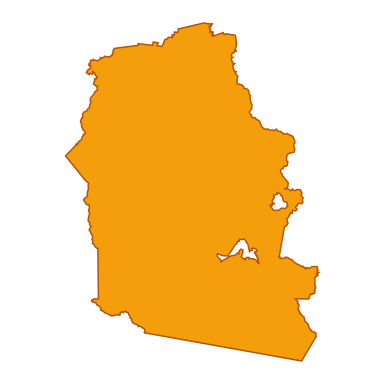 Alpine, Victoria, Australia
{"feature_id": "25037944B21518620554178", "entity_name": "Alpine", "entity_type": "district", "adm_level": 2, "iso_a3": "AUS", "parent_name": "Australia", "parent_adm1": "Victoria", "projection": "mercator", "projection_center": [147.028, -36.834], "detail": "fine", "context": "isolated", "style": "filled", "palette": "amber", "viewbox_px": 384, "rotation_deg": 0, "n_neighbors": 0, "source": "geoboundaries", "source_scale": "gbopen_adm2", "svg_char_len": 5886}
<svg xmlns="http://www.w3.org/2000/svg" viewBox="0 0 384 384"><path d="M114.3,48.4L113.0,50.8L113.3,52.0L112.4,53.4L112.5,55.0L110.7,55.9L110.3,56.8L106.7,56.9L105.0,56.2L103.0,57.7L100.7,57.6L101.1,58.2L97.7,60.7L94.1,60.1L93.4,59.5L93.2,60.4L91.7,59.9L90.6,60.4L90.1,63.9L89.1,63.7L88.8,65.5L90.7,65.8L90.3,68.3L87.9,69.9L86.3,72.5L89.2,74.7L89.6,73.7L90.6,73.3L92.5,74.3L93.1,73.3L92.9,71.6L94.6,73.0L95.1,74.6L97.3,77.5L96.4,77.6L95.9,79.2L94.5,78.8L94.6,81.0L93.9,82.2L93.6,84.1L96.2,86.1L97.5,86.2L97.0,87.4L97.4,90.2L95.0,91.6L94.3,93.4L90.4,98.3L90.2,100.8L90.9,102.4L89.5,105.7L89.5,107.5L87.8,108.8L87.0,110.6L83.8,112.3L82.5,114.0L82.8,117.1L81.5,118.2L81.8,119.0L80.9,120.0L80.5,122.3L81.7,124.1L81.5,126.5L82.5,128.0L82.7,129.5L83.8,130.0L84.2,131.2L85.3,132.1L85.2,133.6L83.3,134.5L83.7,135.3L82.4,136.6L81.4,139.6L78.4,141.7L78.1,143.3L77.2,143.3L77.4,144.4L76.4,144.7L75.8,144.4L75.7,145.3L65.5,155.9L85.4,180.5L88.8,183.4L88.2,184.6L88.4,189.6L87.8,190.6L87.3,193.4L87.4,196.3L84.1,198.8L83.7,200.1L86.5,204.6L89.2,205.2L89.4,208.3L88.6,209.8L89.0,212.2L89.7,213.4L88.6,216.6L88.1,220.7L89.5,222.5L89.6,224.8L91.2,226.7L89.8,228.5L89.1,230.2L90.6,231.9L91.1,233.8L92.2,235.1L92.7,238.0L91.9,239.2L92.7,240.6L92.5,243.6L93.6,243.9L95.1,246.6L96.6,248.1L97.9,248.5L98.4,298.6L96.9,299.2L94.5,298.8L93.0,300.0L91.9,299.8L91.6,301.2L92.6,302.0L95.7,302.7L96.9,305.0L97.9,305.2L100.7,307.7L101.0,309.6L100.7,309.9L101.7,310.8L103.1,310.9L104.7,312.8L107.9,313.9L111.8,316.0L116.7,314.8L119.9,315.1L120.3,312.5L120.7,312.8L122.2,311.7L123.4,312.7L124.2,311.6L125.9,311.1L125.8,311.9L128.2,312.9L128.7,314.6L129.7,315.7L130.1,318.1L131.1,318.4L131.7,319.5L131.4,320.4L133.3,323.3L137.2,324.8L138.4,325.9L138.2,326.4L141.3,326.6L141.7,327.5L144.3,328.8L145.0,330.5L145.0,331.4L144.6,331.9L144.9,331.9L145.1,333.3L146.2,333.1L301.6,361.0L316.2,336.4L315.5,335.0L316.1,333.4L314.6,332.2L311.3,331.2L311.0,330.0L309.1,327.9L308.2,324.4L304.5,320.6L304.7,319.5L303.8,316.8L301.9,315.6L301.3,314.2L299.9,313.8L300.1,312.5L299.3,311.8L299.0,310.2L297.9,309.4L298.9,306.1L298.7,304.3L297.4,303.2L298.0,301.8L295.3,298.8L308.4,299.0L309.7,297.2L309.3,296.4L310.2,294.1L310.9,293.9L311.7,294.7L312.7,293.5L313.3,293.8L314.9,293.0L314.5,290.1L315.3,288.9L315.6,286.8L315.0,286.4L314.8,277.6L317.9,275.2L317.6,274.9L317.7,273.7L316.5,274.2L316.5,273.4L318.5,272.6L317.8,272.4L317.7,271.2L317.1,271.0L318.1,270.1L317.2,268.6L317.6,267.5L317.0,266.6L312.0,266.6L309.6,268.3L307.1,267.6L306.1,269.0L305.5,269.0L305.2,267.6L303.2,267.3L303.2,266.5L302.2,266.1L301.5,266.5L298.5,264.5L296.8,264.1L295.8,263.0L294.4,262.7L292.4,260.2L291.1,259.3L289.7,259.1L288.3,257.8L285.6,257.1L284.3,258.3L282.0,258.5L280.8,258.4L280.4,257.4L279.0,257.6L284.4,226.9L286.6,225.7L288.0,223.3L287.0,220.6L286.9,218.7L288.7,217.1L289.4,214.8L290.4,214.2L290.2,212.9L292.4,213.2L292.4,210.2L295.3,210.9L296.6,210.1L297.0,209.0L295.6,207.6L295.5,206.8L297.3,205.7L297.7,204.3L299.1,203.4L301.8,203.7L303.0,202.1L302.4,200.1L303.1,197.9L301.2,195.5L301.1,194.5L302.0,193.0L300.4,189.9L296.7,189.5L295.8,190.5L294.7,190.5L293.4,190.1L292.5,189.0L291.0,190.7L288.4,189.2L285.0,188.8L287.8,187.1L288.2,182.7L282.6,175.9L281.9,173.9L280.7,172.3L280.4,170.7L280.8,169.6L283.2,168.2L284.1,166.1L285.9,166.4L287.2,165.4L287.9,161.8L286.5,160.5L286.8,155.6L287.3,154.7L289.2,153.2L294.0,152.3L294.8,149.4L293.6,144.9L293.9,143.8L294.7,143.4L294.8,141.2L292.8,136.3L289.0,134.7L287.3,133.4L286.4,134.1L284.1,134.1L282.5,132.7L281.3,132.4L280.5,131.3L278.2,131.4L276.4,129.1L274.3,130.7L272.6,130.0L269.9,130.3L268.1,129.1L264.4,129.1L261.7,126.7L259.6,121.2L256.2,119.1L255.0,117.7L253.6,117.8L251.4,116.8L251.5,115.0L249.6,113.5L249.6,111.7L251.9,108.2L251.6,106.9L252.0,104.7L251.0,103.0L249.8,97.0L250.5,95.5L248.9,93.9L248.9,91.3L247.7,89.4L245.9,88.5L243.8,88.4L243.7,86.7L242.0,85.1L236.9,83.5L237.2,78.7L237.9,76.5L235.4,73.4L236.2,71.7L234.5,71.5L233.3,68.4L232.6,65.3L234.5,63.8L233.3,63.7L232.9,62.2L232.1,62.2L231.7,59.8L231.1,59.2L231.4,58.2L233.0,57.3L231.8,56.9L231.5,56.3L232.0,53.5L233.2,52.6L233.7,53.0L234.5,52.2L234.6,50.7L236.8,51.6L235.6,50.4L235.3,48.3L236.2,46.5L236.1,44.2L236.7,44.1L235.3,35.3L226.1,33.8L223.9,34.5L223.3,32.6L212.5,36.2L212.6,35.3L212.2,34.9L213.1,34.7L213.0,34.1L212.4,34.1L213.0,33.5L213.0,33.0L212.6,33.1L212.9,32.4L211.8,32.3L212.2,31.8L211.6,31.5L209.8,32.1L210.4,30.6L209.8,29.6L210.5,29.0L209.3,27.5L209.9,27.5L209.6,26.8L210.6,26.5L209.9,25.9L210.4,25.7L210.3,24.9L211.5,23.8L211.7,24.7L212.3,23.9L211.9,23.6L210.0,24.0L203.7,23.0L178.3,29.0L177.8,32.5L174.5,32.0L174.1,35.2L172.2,34.8L171.8,37.0L172.2,37.3L168.3,37.5L166.8,39.2L165.2,39.2L162.0,46.5L156.9,45.7L158.2,42.8L153.2,42.0L152.7,45.4L138.1,43.6L138.1,45.4L114.3,48.4ZM217.8,253.8L223.1,255.8L228.1,255.9L235.4,244.4L236.8,243.6L237.5,241.8L238.9,241.4L238.4,241.0L239.4,240.5L239.5,239.2L242.5,239.5L244.3,239.0L247.9,244.4L249.5,251.6L251.0,250.1L252.3,250.2L252.0,248.6L252.7,248.1L255.7,248.8L257.0,250.4L257.1,250.9L256.3,251.6L254.8,251.6L254.5,253.3L255.9,253.8L255.8,254.9L256.7,255.7L256.7,256.9L257.5,257.5L259.0,263.4L258.7,263.7L257.7,262.6L256.5,260.2L253.4,258.8L250.0,258.5L249.2,259.0L248.9,257.4L246.7,257.5L245.1,259.0L245.1,259.7L244.6,259.5L244.4,258.8L243.2,258.5L241.1,256.6L242.5,253.9L242.9,250.9L242.6,249.6L240.7,249.2L239.0,251.2L239.1,253.8L237.1,253.0L235.9,255.0L230.4,256.1L220.9,261.7L221.0,260.2L217.3,256.6L217.5,254.6L217.1,254.2L217.8,253.8ZM287.9,205.8L285.3,208.6L281.6,208.1L278.7,210.3L273.4,210.4L270.3,205.8L270.8,205.6L270.3,205.0L271.3,204.6L271.9,205.8L272.2,205.6L271.7,204.5L274.2,203.8L273.8,203.0L272.4,203.0L272.1,201.1L274.4,197.2L273.5,196.2L273.4,195.1L277.1,194.5L277.1,192.8L277.5,192.4L280.3,194.1L281.4,196.1L282.2,196.2L283.4,201.0L284.2,201.7L286.4,202.0L287.1,203.0L287.1,205.2L287.9,205.8Z" fill="#f59e0b" stroke="#b45309" stroke-width="1.5"/></svg>